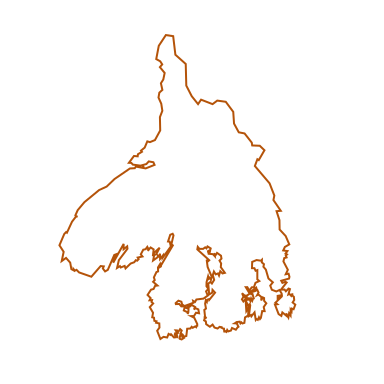 the district of Bergen nor, Hordaland, Norway, rotated 280°
{"feature_id": "86288312B18429617226236", "entity_name": "Bergen nor", "entity_type": "district", "adm_level": 2, "iso_a3": "NOR", "parent_name": "Norway", "parent_adm1": "Hordaland", "projection": "natural_earth1", "projection_center": [5.29, 60.365], "detail": "fine", "context": "isolated", "style": "outline", "palette": "amber", "viewbox_px": 384, "rotation_deg": 280, "n_neighbors": 0, "source": "geoboundaries", "source_scale": "gbopen_adm2", "svg_char_len": 5926}
<svg xmlns="http://www.w3.org/2000/svg" viewBox="0 0 384 384"><g transform="rotate(280 192 192)"><path d="M309.4,138.7L304.5,144.4L297.8,144.2L293.7,142.5L287.4,145.1L284.2,142.6L279.2,142.6L273.6,146.4L266.8,148.7L260.2,147.4L247.1,150.0L236.7,146.5L233.8,141.9L234.1,139.2L227.5,137.7L223.9,134.6L222.9,135.7L219.8,132.2L217.7,132.3L217.4,128.6L209.8,124.8L210.1,127.2L208.7,129.0L209.0,136.7L211.6,142.2L214.6,144.1L214.6,148.8L212.2,150.4L207.2,142.3L207.2,139.7L209.2,139.8L207.2,138.7L207.3,132.3L205.5,131.5L204.4,126.8L191.4,113.5L182.5,107.0L177.8,100.2L163.3,87.8L154.3,82.6L148.7,81.2L147.7,82.4L148.3,83.6L147.3,81.8L141.9,79.0L130.2,75.9L130.7,75.0L128.5,73.5L116.5,70.7L110.8,76.0L101.4,75.7L105.2,79.4L101.3,84.3L95.1,86.6L94.2,89.3L95.3,89.0L94.2,90.3L95.3,91.8L93.2,94.7L91.1,107.6L103.2,114.9L103.4,118.0L101.2,117.5L98.7,120.2L100.7,122.6L116.5,126.4L117.7,128.4L108.7,126.7L129.0,133.7L123.8,134.6L127.2,137.6L124.9,138.3L112.2,131.8L104.2,131.4L106.5,133.9L105.3,134.9L107.5,138.5L105.2,139.8L110.9,144.0L112.8,147.3L115.1,148.5L114.8,149.9L116.6,151.1L118.0,149.9L119.9,154.4L121.7,152.4L126.7,154.0L127.6,156.2L130.2,157.5L128.1,159.0L126.7,158.3L127.7,159.5L129.7,159.7L128.5,159.9L130.2,160.9L128.8,164.2L122.0,164.6L125.5,165.2L131.5,169.8L124.5,167.6L123.3,165.7L117.8,165.6L121.9,169.6L123.5,169.4L122.8,170.8L125.7,171.2L120.6,172.2L124.5,174.4L122.3,174.6L134.7,180.6L139.2,178.7L139.1,177.0L146.1,178.0L147.5,180.2L146.1,181.3L137.2,180.8L136.1,182.4L115.4,174.6L116.9,173.9L113.3,174.3L112.3,173.2L114.8,172.8L111.8,171.6L107.9,172.4L107.0,170.9L101.3,169.3L98.8,170.6L96.8,169.3L93.9,174.2L93.3,172.5L94.4,172.3L89.8,171.0L88.7,168.6L82.9,166.1L80.3,169.7L78.0,169.0L78.6,171.4L76.7,171.2L75.5,173.1L71.3,170.4L66.3,174.6L61.7,174.6L61.6,176.4L58.6,177.3L58.5,179.5L57.0,179.3L56.9,182.6L52.8,183.5L49.3,181.8L41.8,186.4L44.4,189.1L44.4,192.8L48.2,193.6L47.5,195.5L48.3,196.0L45.6,199.5L46.1,201.2L47.7,200.8L46.9,202.5L48.6,201.9L47.7,200.4L48.5,199.8L49.9,199.9L50.6,202.1L52.9,199.9L53.1,201.3L51.3,202.5L54.9,204.1L53.8,205.9L50.4,205.2L50.2,207.2L49.3,208.2L48.0,208.1L50.0,206.4L47.8,205.0L45.3,205.5L45.0,207.4L46.8,209.3L47.5,207.9L49.2,211.4L56.5,211.0L57.3,214.1L59.2,215.1L58.4,216.3L60.2,218.5L59.6,219.6L61.9,220.1L60.4,220.5L62.9,220.1L68.5,216.1L69.6,212.6L70.2,215.5L73.8,216.9L73.8,220.0L77.5,218.6L78.2,215.6L76.6,214.3L79.3,215.0L80.7,211.4L78.9,209.8L79.5,209.1L77.6,207.4L77.0,208.8L72.8,209.3L71.0,208.8L72.7,208.9L73.9,204.5L77.0,204.8L76.8,206.4L78.2,205.4L77.5,201.3L79.5,198.9L78.8,195.6L79.7,195.2L82.6,197.5L82.1,200.6L79.6,201.8L78.4,204.4L83.2,212.7L85.0,212.0L84.3,214.1L86.9,215.0L89.0,221.8L92.7,225.5L96.6,223.1L99.4,224.9L101.7,222.6L105.8,222.0L111.8,222.5L109.6,223.6L110.6,224.2L108.8,225.9L112.0,226.1L120.9,220.4L127.9,218.2L126.3,219.6L127.8,220.8L136.4,207.2L139.0,207.2L137.3,209.2L137.9,212.8L139.8,214.6L139.0,216.0L141.1,216.7L139.7,220.2L136.1,219.8L137.1,218.8L136.5,218.0L135.1,218.6L135.4,219.8L134.1,219.5L134.4,223.4L132.9,225.4L135.5,224.4L133.6,226.1L136.4,227.2L134.3,231.6L131.5,232.6L129.2,231.0L126.7,233.1L123.0,233.4L118.1,238.4L117.1,236.2L118.9,233.6L114.4,233.1L116.3,231.7L115.0,229.6L117.5,227.4L113.8,226.9L109.3,229.1L105.3,227.5L106.6,225.7L104.6,223.9L94.1,226.7L96.4,229.4L99.2,229.2L96.9,232.2L88.9,227.8L89.6,227.6L88.6,225.7L86.3,225.7L87.6,224.4L84.3,224.3L79.6,226.0L78.0,224.6L71.5,226.5L70.3,225.6L71.3,226.8L70.1,228.1L70.5,226.5L67.7,226.2L67.0,228.1L64.3,228.9L62.4,233.0L65.0,235.3L62.4,237.7L62.0,240.9L64.0,242.6L64.0,244.6L62.6,244.7L63.4,245.0L62.7,247.0L63.8,247.0L59.4,248.2L61.0,248.4L60.2,250.1L62.3,250.6L61.0,251.9L62.3,254.4L65.0,255.0L64.0,259.1L67.3,260.7L66.7,261.7L70.3,258.9L70.1,256.9L70.7,257.6L70.3,259.3L71.7,258.7L72.6,261.5L71.0,262.5L72.2,263.3L71.3,264.5L72.2,266.3L77.7,266.0L80.1,268.7L87.9,267.8L84.1,266.2L93.6,263.9L95.5,263.0L93.1,261.6L95.0,259.8L97.7,260.9L101.0,258.9L99.1,261.9L99.4,263.4L98.1,261.8L96.1,263.9L99.6,264.1L101.9,266.5L107.6,261.5L107.9,263.0L104.9,265.6L108.5,267.4L109.0,269.5L113.6,270.3L116.0,273.7L117.3,271.5L126.4,269.9L125.5,268.3L127.8,266.7L127.4,264.3L133.6,263.4L136.2,267.4L136.3,271.8L137.4,272.6L134.8,273.0L133.4,275.4L130.8,275.3L128.4,278.2L120.1,282.3L117.1,287.3L113.4,285.3L109.6,287.6L108.7,292.3L110.7,295.2L107.6,297.9L106.0,298.4L104.6,294.4L101.9,294.9L105.3,299.0L97.5,293.4L96.3,295.5L95.6,293.2L86.8,298.5L85.5,301.5L89.1,301.9L86.6,306.3L88.8,305.9L85.2,308.7L89.4,308.7L87.5,310.5L93.1,309.6L91.8,310.8L94.5,310.6L94.2,312.4L99.0,313.3L100.7,310.3L103.4,311.4L106.5,310.5L107.6,308.5L109.6,308.7L106.9,307.8L108.6,305.6L107.9,304.7L113.4,305.3L113.7,303.9L110.5,301.7L112.0,300.1L111.3,296.6L119.3,300.9L119.8,299.6L118.2,296.8L120.1,295.3L123.6,302.6L125.4,302.7L128.3,301.3L127.3,298.6L132.0,299.9L139.5,294.1L142.9,294.3L144.0,296.5L145.6,295.4L147.0,296.4L147.5,294.8L150.4,296.2L150.3,292.0L154.0,293.0L157.3,296.9L164.9,291.9L170.3,284.8L179.5,283.0L187.8,278.6L188.9,282.7L198.2,273.6L202.8,273.7L214.0,266.9L228.5,249.4L235.6,250.7L235.0,252.2L245.7,256.1L249.3,250.7L248.3,243.2L251.0,242.3L258.8,233.6L258.9,227.7L266.7,221.5L278.1,218.7L286.7,209.6L286.4,201.0L282.1,197.0L284.5,184.9L279.6,182.7L286.3,175.1L295.8,167.9L317.0,163.6L324.3,151.8L342.2,146.4L342.0,139.0L330.2,133.9L316.7,133.7L315.2,138.0L312.5,140.5L309.4,138.7ZM95.3,264.0L86.9,265.8L91.9,265.6L89.7,267.5L91.5,268.4L90.6,269.0L79.6,269.6L81.1,271.4L79.9,272.1L84.3,274.5L77.1,277.0L78.1,277.6L77.5,279.0L80.3,279.7L78.7,281.0L80.0,281.7L86.9,281.8L87.3,284.2L91.2,282.6L95.3,284.5L97.4,281.9L100.1,281.4L100.5,280.0L97.2,279.0L100.6,278.6L102.6,275.1L101.8,274.1L104.5,275.0L106.8,273.4L105.6,269.8L107.4,272.6L109.0,271.8L104.6,267.7L104.5,269.6L103.0,266.8L101.6,268.1L102.0,269.3L97.1,271.7L98.5,270.8L95.3,270.2L97.4,268.7L94.7,268.4L97.2,266.9L97.1,265.8L94.8,265.9L96.1,265.3L95.3,264.0Z" fill="none" stroke="#b45309" stroke-width="2"/></g></svg>